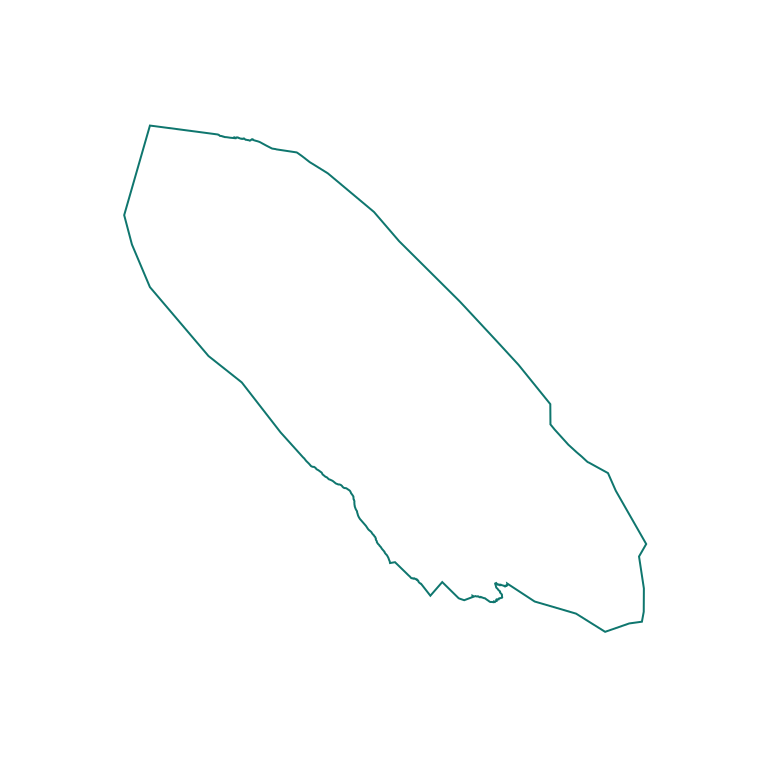 outline of Lesja nor, Oppland, Norway, rotated 49°
{"feature_id": "86288312B96709074525664", "entity_name": "Lesja nor", "entity_type": "district", "adm_level": 2, "iso_a3": "NOR", "parent_name": "Norway", "parent_adm1": "Oppland", "projection": "equal_earth", "projection_center": [8.709, 62.19], "detail": "fine", "context": "isolated", "style": "outline", "palette": "teal", "viewbox_px": 768, "rotation_deg": 49, "n_neighbors": 0, "source": "geoboundaries", "source_scale": "gbopen_adm2", "svg_char_len": 5558}
<svg xmlns="http://www.w3.org/2000/svg" viewBox="0 0 768 768"><g transform="rotate(49 384 384)"><path d="M352.7,493.8L386.4,493.2L387.9,493.0L388.6,493.1L391.1,493.2L394.8,492.9L397.4,492.9L398.2,492.9L399.1,492.5L399.9,492.0L400.6,491.2L401.0,491.1L401.7,490.9L402.3,490.7L403.4,490.8L404.1,490.8L404.9,490.5L406.0,490.1L407.6,489.7L408.7,489.5L409.7,489.2L410.7,489.3L412.0,489.7L413.2,489.4L414.7,489.2L415.7,489.0L416.8,488.4L417.6,488.3L419.0,488.2L420.0,488.0L420.7,487.5L423.0,486.5L424.0,486.2L427.5,485.6L428.1,485.3L428.8,484.9L429.9,484.4L430.2,483.9L430.8,483.4L431.5,483.0L432.4,482.7L433.4,482.6L434.4,482.7L435.4,482.6L436.5,482.2L437.3,481.4L437.6,481.1L438.1,480.8L440.1,480.3L441.5,479.9L442.1,479.8L442.9,479.9L444.1,480.2L444.8,480.5L446.6,480.6L448.8,480.9L450.8,482.4L451.2,482.6L451.7,482.6L452.1,482.9L452.6,483.0L453.4,483.5L453.7,483.9L455.4,485.2L455.9,485.6L456.6,485.9L457.2,486.4L458.8,487.0L459.5,487.3L461.2,487.7L462.1,487.8L462.6,488.0L463.4,488.6L464.5,489.0L465.4,489.5L466.7,490.0L468.2,490.4L470.0,490.7L470.9,490.7L475.2,490.7L476.2,490.7L478.0,490.7L479.2,490.7L482.9,491.2L483.5,491.2L484.0,491.2L486.4,490.8L487.6,490.7L488.1,490.8L488.6,490.9L489.1,491.0L490.3,491.0L490.9,491.0L491.4,490.9L492.0,490.9L492.4,491.1L492.9,491.2L493.6,491.0L494.0,491.1L494.5,491.3L494.9,491.5L495.3,491.5L495.5,491.7L495.7,492.0L496.0,492.2L496.6,492.4L497.6,492.5L498.0,492.6L498.3,492.8L498.6,493.1L499.0,493.2L500.6,493.4L501.3,493.4L501.8,493.3L502.4,493.3L503.3,493.5L503.8,493.4L504.6,493.4L505.2,493.4L506.9,493.7L509.0,493.7L509.7,493.7L511.0,493.7L511.4,494.0L512.0,494.1L513.6,494.2L515.1,494.1L515.6,494.2L517.4,494.6L518.2,494.8L519.2,495.2L520.2,495.6L521.5,496.0L521.9,496.2L522.7,496.7L523.1,496.9L525.7,492.6L544.8,491.0L546.1,490.8L546.5,490.8L546.9,490.8L547.0,490.8L548.1,490.8L548.3,490.7L548.5,490.6L549.1,490.3L549.2,490.0L549.3,489.9L549.8,489.6L550.1,489.6L550.5,489.3L550.6,489.2L550.5,488.7L551.6,488.2L552.2,488.1L552.4,488.0L552.4,487.8L552.7,487.8L553.2,487.8L553.2,487.5L553.2,487.4L553.3,487.3L553.9,487.3L554.1,487.3L555.0,487.3L555.1,487.5L555.3,487.6L556.2,487.7L557.3,487.7L557.7,487.6L558.1,487.5L558.3,487.4L558.6,487.4L558.8,487.4L559.1,487.1L574.2,487.9L571.7,470.0L594.7,468.2L596.4,467.3L599.8,465.3L602.8,457.2L602.6,457.1L602.7,456.7L601.8,456.1L602.2,455.9L602.8,456.2L603.1,456.5L604.0,454.2L604.5,453.9L604.8,453.7L605.6,453.0L605.7,452.8L605.7,452.6L605.8,452.4L606.5,452.0L607.0,452.0L607.7,451.7L607.8,451.5L607.9,451.4L608.2,451.1L608.1,450.9L608.1,450.7L608.4,450.5L609.1,450.3L609.4,450.0L609.6,449.9L609.8,449.8L610.8,449.3L611.0,449.2L611.4,448.9L611.5,448.7L611.9,448.4L613.8,448.0L616.1,447.4L617.1,447.2L618.0,446.9L618.3,446.7L618.5,446.5L619.0,445.9L619.3,445.5L619.6,445.3L619.8,445.1L620.1,444.9L620.5,444.6L620.7,444.2L620.5,443.8L620.4,443.7L620.6,443.6L621.1,443.5L621.3,443.4L621.3,443.1L621.1,442.9L621.0,442.6L621.4,441.7L621.6,441.5L621.7,441.3L621.6,441.0L621.5,440.9L621.3,440.8L620.7,440.9L620.4,440.7L620.4,440.3L621.1,439.4L621.7,439.0L621.7,438.9L621.8,438.7L621.4,438.2L621.3,437.8L621.3,437.6L621.5,437.4L622.1,436.5L622.3,435.8L622.6,435.4L622.7,435.1L622.6,434.8L621.3,434.0L621.0,433.8L620.8,433.5L620.6,433.3L620.1,433.2L619.6,433.1L617.8,433.2L617.5,433.2L617.3,433.1L616.9,432.6L616.6,432.5L616.0,432.6L615.0,432.8L614.7,432.8L613.3,432.7L612.7,432.7L612.4,432.7L611.8,432.8L611.2,432.8L609.7,432.0L607.8,431.2L607.5,431.0L607.5,430.9L608.2,430.8L608.3,430.8L608.3,430.6L608.1,430.2L607.9,430.0L607.9,429.9L608.3,429.9L608.9,429.9L609.2,429.8L609.4,429.7L609.9,429.8L610.2,429.7L610.1,429.4L610.5,429.2L610.6,428.9L611.0,428.7L612.0,428.5L612.1,428.3L611.9,428.1L611.8,427.8L611.9,427.7L612.1,427.5L612.7,427.4L612.8,427.3L612.9,427.2L613.4,426.9L614.1,426.4L614.4,426.2L615.1,425.9L615.8,425.7L616.2,425.5L616.3,425.4L616.3,425.2L616.1,425.1L615.7,425.0L615.7,424.9L616.3,424.5L616.6,424.3L616.8,424.0L616.8,423.9L616.3,423.3L616.4,423.2L616.7,423.0L616.7,422.9L616.7,422.6L615.5,421.9L647.0,413.0L683.3,389.7L716.1,379.7L725.6,356.0L732.6,345.3L726.3,337.4L708.8,322.0L681.5,304.7L676.8,291.1L616.6,279.1L598.2,273.4L584.9,278.3L577.8,280.9L577.0,281.3L576.5,281.5L575.9,281.6L574.2,281.8L568.5,282.4L561.9,283.4L550.8,284.7L530.3,285.1L523.7,284.9L508.3,271.7L457.8,269.9L426.0,270.8L375.7,272.5L370.9,272.7L286.1,278.9L247.6,278.7L188.1,288.2L167.8,294.5L158.1,296.4L152.7,297.7L151.9,298.0L136.3,311.3L135.6,311.7L132.9,314.0L126.9,316.4L119.7,319.1L117.8,320.2L115.9,321.5L115.5,321.7L115.0,322.1L114.8,322.2L114.3,322.4L113.3,322.5L112.9,322.8L113.1,323.1L112.7,323.3L112.6,323.7L112.5,324.2L112.6,324.7L112.5,325.2L112.2,325.5L112.1,325.8L111.1,326.2L110.8,326.6L109.9,327.3L109.3,327.7L109.0,328.1L108.5,328.3L107.0,328.5L106.8,328.9L106.4,329.1L106.3,329.4L106.5,329.6L106.3,329.9L106.0,330.1L105.9,330.3L105.6,330.6L105.3,330.7L105.3,330.8L104.5,331.4L103.6,331.8L103.5,332.0L103.3,332.1L103.2,332.1L102.7,332.4L102.1,332.5L101.9,332.7L101.9,332.8L101.5,333.1L101.5,333.4L101.4,333.4L101.4,333.5L101.4,333.8L100.9,334.3L100.6,334.5L100.4,334.8L100.0,335.0L100.3,335.2L100.6,335.3L96.9,338.8L95.0,340.4L93.7,341.6L93.5,341.9L93.3,342.1L92.8,342.3L92.7,342.5L92.3,342.7L92.2,342.8L91.8,343.0L91.7,343.0L91.3,343.4L91.1,343.4L90.9,343.6L90.3,343.9L90.1,344.2L89.7,344.4L89.4,344.8L89.2,345.0L88.7,345.1L87.8,345.2L87.4,345.3L87.2,345.4L87.1,345.6L86.8,345.7L86.3,346.0L86.1,346.2L85.9,346.4L70.5,360.0L35.4,391.1L86.1,469.3L113.3,482.7L157.3,497.1L247.8,498.1L289.5,490.3L352.7,493.8Z" fill="none" stroke="#0f766e" stroke-width="2"/></g></svg>